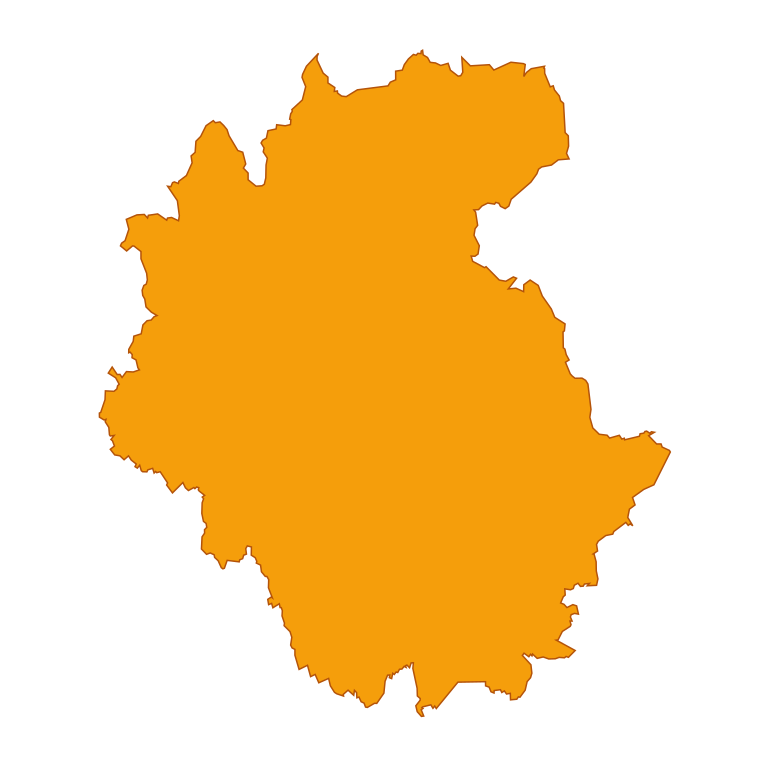 outline of Chignahuapan, Puebla, Mexico, rotated 179°
{"feature_id": "50627088B41950768169543", "entity_name": "Chignahuapan", "entity_type": "district", "adm_level": 2, "iso_a3": "MEX", "parent_name": "Mexico", "parent_adm1": "Puebla", "projection": "equal_earth", "projection_center": [-98.119, 19.821], "detail": "fine", "context": "isolated", "style": "filled", "palette": "amber", "viewbox_px": 768, "rotation_deg": 179, "n_neighbors": 0, "source": "geoboundaries", "source_scale": "gbopen_adm2", "svg_char_len": 6098}
<svg xmlns="http://www.w3.org/2000/svg" viewBox="0 0 768 768"><g transform="rotate(179 384 384)"><path d="M195.0,605.8L197.5,611.4L195.3,618.6L195.4,628.9L198.5,632.2L199.6,661.5L202.5,664.2L203.7,668.9L208.4,675.0L209.6,679.2L212.6,678.2L217.9,691.8L217.9,696.5L218.7,697.0L217.9,698.9L231.3,696.7L236.1,693.0L238.9,689.0L237.2,701.0L239.0,701.9L251.5,703.5L268.7,696.0L273.1,701.4L292.1,700.6L300.5,709.3L299.8,694.3L301.9,690.9L304.5,690.5L312.1,696.6L314.3,703.5L321.7,701.5L326.9,704.1L332.2,704.8L334.8,709.7L339.1,712.4L339.6,717.0L341.0,716.2L341.3,713.7L344.4,714.0L346.1,712.2L348.8,713.0L353.9,708.6L358.1,703.0L360.2,697.5L366.9,696.6L367.0,687.9L372.4,685.7L374.8,682.0L405.5,678.6L416.7,672.0L421.3,672.6L425.3,675.6L425.5,677.8L428.6,677.4L428.0,681.3L434.8,686.0L434.7,691.8L439.4,695.9L445.3,709.0L445.2,712.7L443.7,715.8L456.0,703.1L460.0,695.0L460.6,692.0L457.1,682.7L460.7,669.4L471.3,660.0L470.9,658.3L472.6,655.7L473.7,650.4L472.5,649.9L473.0,645.0L478.2,643.9L486.8,645.1L487.4,640.9L495.6,639.3L497.3,631.9L501.1,629.8L502.7,627.1L499.8,622.1L500.7,618.2L496.7,611.9L498.1,605.0L498.6,592.1L500.2,585.8L502.5,584.3L508.5,584.0L516.3,590.6L516.2,597.3L520.8,602.3L518.4,606.4L521.2,618.2L526.1,620.0L534.6,634.9L536.5,641.1L539.8,645.3L543.4,648.9L548.1,648.2L550.1,650.3L557.4,645.4L563.0,634.7L567.8,630.0L568.8,618.9L572.9,615.4L572.0,608.5L577.9,595.9L585.6,590.3L586.1,588.1L590.1,589.7L591.9,589.0L593.7,585.0L596.9,585.5L587.4,570.9L585.7,555.8L586.6,550.8L593.5,554.2L597.6,553.7L598.4,551.6L607.3,558.0L616.7,556.8L617.5,554.1L620.7,557.7L628.1,557.4L638.8,553.1L636.4,543.2L640.4,531.8L643.9,529.4L645.1,526.7L639.0,521.5L633.1,526.4L631.6,526.3L624.7,520.7L624.8,513.4L619.4,498.9L618.8,492.2L620.0,488.0L622.4,486.7L624.2,482.0L623.7,476.8L621.7,473.1L620.6,465.2L615.4,459.9L609.7,456.4L612.7,455.3L615.7,452.0L619.8,451.4L624.0,447.3L625.9,438.4L633.3,436.2L634.0,431.0L638.6,423.1L638.7,419.7L637.3,420.3L635.2,417.8L635.5,414.7L631.5,412.4L629.8,404.5L628.3,402.4L634.5,400.4L641.3,400.9L645.8,395.1L647.8,398.2L650.6,398.1L655.5,405.7L659.5,399.7L652.2,394.9L648.8,388.4L650.4,386.9L651.2,383.7L654.1,381.4L662.7,382.0L663.2,373.2L667.7,360.6L669.1,359.9L669.1,355.8L664.5,352.9L662.6,353.5L663.4,351.1L659.9,345.4L659.4,338.0L658.6,336.8L654.7,337.3L658.0,333.3L656.5,332.0L654.6,326.7L658.8,323.5L654.5,317.8L649.3,316.8L645.2,312.8L640.7,316.6L638.0,312.3L633.1,308.3L634.4,305.7L632.1,304.2L629.7,307.0L628.2,301.6L626.9,300.5L622.6,300.3L621.6,302.3L616.8,303.7L615.4,299.0L613.8,300.5L612.8,299.3L609.3,300.2L602.1,288.9L603.1,286.8L597.4,278.8L586.8,289.0L584.4,283.7L581.4,280.9L575.9,283.8L574.9,282.7L573.1,284.3L571.0,283.6L571.5,281.4L570.6,280.1L565.3,275.8L567.7,274.1L566.4,272.4L567.9,268.4L568.4,257.7L566.9,249.8L564.3,247.7L563.7,243.8L566.0,241.5L566.0,238.0L568.6,234.3L569.4,222.2L564.4,216.8L560.7,218.1L556.8,216.2L556.4,213.6L552.9,210.2L549.9,203.2L548.3,202.0L546.8,202.6L543.9,210.4L531.9,208.7L531.3,210.8L528.4,211.8L527.3,215.3L524.5,216.3L525.1,221.8L523.5,224.5L519.4,223.4L519.7,215.2L515.8,212.6L514.3,209.0L514.8,207.2L510.6,205.1L509.8,198.4L506.1,193.7L504.4,193.6L502.7,190.4L503.1,182.3L499.4,172.2L500.4,173.0L504.0,170.7L503.2,165.4L500.2,166.6L499.0,162.2L492.5,166.1L491.8,162.3L490.6,162.2L489.6,159.1L490.0,153.9L487.7,146.7L488.1,144.1L482.3,138.1L480.6,132.3L481.9,124.6L480.5,121.7L477.7,120.2L477.8,114.4L473.9,100.1L465.4,104.1L462.5,92.7L457.9,94.8L454.4,86.4L444.5,90.6L442.9,83.2L438.9,76.6L436.7,75.1L429.9,72.7L430.2,74.3L425.3,78.5L419.7,73.3L418.9,78.2L416.8,75.9L416.6,70.7L414.5,71.4L412.4,66.7L409.5,65.3L408.1,61.3L406.3,60.9L399.1,64.9L396.8,64.8L389.5,74.9L388.1,86.8L385.5,92.8L383.3,93.0L383.8,90.3L381.5,89.3L380.3,94.6L378.8,93.4L376.9,95.8L375.3,95.3L373.5,98.5L371.0,98.7L368.8,101.3L366.9,100.3L367.4,102.0L366.0,102.6L363.4,99.9L361.7,104.7L359.5,104.7L360.1,99.1L356.2,79.2L356.1,71.5L353.3,68.9L353.4,67.2L357.8,61.7L356.5,55.8L352.4,51.0L350.1,51.3L352.5,57.7L350.7,58.9L351.8,59.8L351.0,60.5L342.8,62.4L340.7,58.9L338.9,61.1L337.4,58.6L315.3,84.6L287.7,84.6L287.7,80.4L284.2,79.1L282.4,74.4L279.4,73.1L279.2,75.6L272.9,76.3L271.6,73.5L269.0,75.0L266.9,71.9L263.1,72.5L263.0,66.0L256.7,66.5L255.1,68.8L253.5,68.5L248.2,75.4L246.1,83.9L242.6,87.8L241.2,92.3L242.0,100.7L250.4,110.2L248.7,112.4L243.9,108.8L242.2,111.2L240.8,109.6L240.2,111.4L235.6,107.0L229.6,108.3L224.0,106.2L217.5,106.3L213.7,107.6L208.3,107.1L206.7,108.4L204.4,107.5L197.5,114.2L216.3,124.9L214.4,125.2L210.0,133.5L202.0,138.5L201.2,140.1L202.2,143.7L200.1,143.7L201.7,147.8L200.9,150.1L197.5,151.3L193.6,150.5L195.3,158.8L199.0,160.1L205.0,157.3L207.9,160.6L211.2,162.0L208.5,168.1L206.5,169.8L206.8,176.0L201.1,175.0L198.3,176.2L197.2,179.5L193.5,181.4L191.1,178.2L188.3,178.4L187.1,180.5L182.1,181.0L184.3,178.7L175.0,179.0L173.5,185.4L175.0,193.4L175.0,202.5L176.9,210.2L177.8,210.4L173.4,213.3L174.3,219.9L172.5,223.1L164.9,228.6L157.9,229.9L156.8,232.5L144.6,241.4L142.3,238.4L140.3,239.8L137.7,237.9L142.6,246.3L140.8,254.6L135.1,258.7L137.5,266.2L126.1,274.1L115.9,278.5L98.9,311.0L99.8,312.6L107.0,316.1L108.0,319.2L112.5,319.3L120.3,327.7L114.5,331.0L117.5,331.6L119.0,330.1L122.2,332.3L123.9,332.0L125.1,330.3L128.8,329.8L129.5,327.3L144.4,324.0L144.7,325.6L147.2,324.8L149.6,328.6L159.4,326.0L161.8,328.9L169.7,330.0L172.6,333.0L176.0,336.4L178.8,347.1L177.5,355.0L180.1,380.4L182.3,384.1L185.9,386.4L192.9,386.4L195.7,388.7L197.6,390.9L202.2,402.6L198.5,404.8L201.3,410.2L202.5,415.7L204.1,417.1L204.1,432.9L202.7,434.0L201.9,440.9L212.1,447.7L215.4,456.1L224.2,469.2L228.1,479.9L236.1,485.4L242.5,480.8L242.8,473.9L250.4,477.5L258.1,476.9L249.6,487.4L252.8,488.8L260.4,484.6L266.9,485.9L279.9,499.5L281.5,498.6L293.2,505.1L294.6,510.4L290.9,510.1L287.7,512.3L286.3,520.6L291.4,531.1L290.2,537.7L287.6,541.0L289.4,554.2L291.1,556.5L286.4,556.7L282.9,560.3L277.1,563.1L270.3,561.9L269.1,563.6L266.0,562.7L264.4,559.6L259.8,557.2L256.1,559.7L253.6,566.5L233.6,583.3L227.5,591.5L225.7,596.1L222.5,598.3L212.7,600.0L205.8,605.1L195.0,605.8Z" fill="#f59e0b" stroke="#b45309" stroke-width="1.5"/></g></svg>